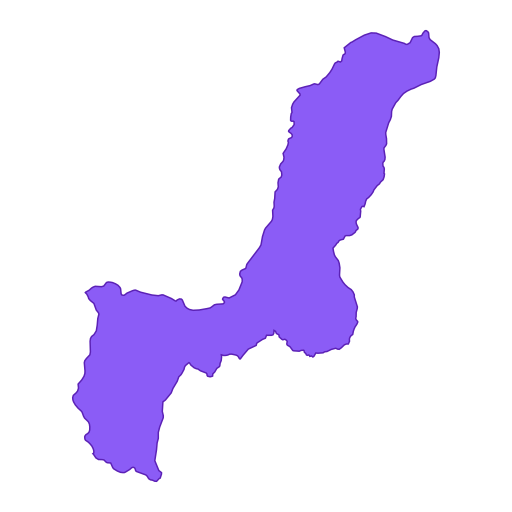 Nimaima, Cundinamarca, Colombia
{"feature_id": "7082276B59131277031860", "entity_name": "Nimaima", "entity_type": "district", "adm_level": 2, "iso_a3": "COL", "parent_name": "Colombia", "parent_adm1": "Cundinamarca", "projection": "orthographic", "projection_center": [-74.388, 5.135], "detail": "fine", "context": "isolated", "style": "filled", "palette": "violet", "viewbox_px": 512, "rotation_deg": 0, "n_neighbors": 0, "source": "geoboundaries", "source_scale": "gbopen_adm2", "svg_char_len": 5998}
<svg xmlns="http://www.w3.org/2000/svg" viewBox="0 0 512 512"><path d="M101.4,286.7L95.2,286.3L93.1,287.1L91.5,288.1L89.2,290.2L85.7,292.1L85.3,292.6L86.8,294.1L88.2,296.8L88.7,298.6L90.3,300.5L93.9,303.4L96.3,310.1L98.4,312.7L98.9,314.1L97.8,318.5L97.2,325.3L96.3,330.9L94.0,334.6L91.6,336.5L90.5,338.5L90.1,341.2L90.4,352.0L89.9,354.8L86.4,358.5L84.8,360.7L84.3,362.7L85.0,370.9L84.9,373.4L84.0,376.3L81.7,380.0L78.1,384.1L78.5,388.1L77.6,391.0L76.3,392.7L73.3,395.4L72.7,397.6L72.9,399.9L73.6,401.9L75.4,405.0L78.3,408.4L81.1,410.9L82.1,412.2L83.6,416.3L84.6,418.1L88.3,421.7L89.4,424.0L89.8,426.8L89.7,430.1L89.1,432.0L87.8,433.5L86.0,434.6L85.0,435.9L84.7,436.9L84.9,439.0L85.5,440.2L88.4,442.2L90.0,443.8L91.9,446.1L93.2,448.7L93.8,450.8L93.8,452.9L92.9,453.7L93.3,454.0L95.9,457.9L98.5,459.5L102.1,459.6L103.9,459.9L106.2,462.2L107.2,462.7L110.7,463.0L112.8,467.7L113.7,468.8L117.3,471.0L120.4,472.3L122.9,472.6L124.2,472.6L125.4,472.1L129.7,469.5L131.7,467.7L132.9,467.3L133.7,467.4L134.5,467.8L135.1,468.7L135.7,470.8L136.5,471.5L145.8,474.9L147.2,476.2L148.7,478.7L150.4,479.8L152.6,480.2L154.7,481.2L156.6,481.3L159.1,478.6L160.2,478.1L161.5,474.0L161.5,472.6L158.8,470.5L154.8,460.7L156.5,449.8L157.1,442.9L158.3,438.4L158.3,432.4L159.7,427.0L163.2,417.8L163.3,415.8L162.3,411.4L162.9,401.9L165.4,400.0L171.2,392.9L172.9,388.5L177.2,381.3L178.8,376.8L180.9,374.8L181.9,373.3L184.0,369.4L184.5,367.2L185.4,365.6L188.9,362.6L189.5,362.9L190.9,365.1L194.2,367.8L196.3,368.7L197.9,369.0L200.5,370.8L206.2,373.0L206.9,373.9L207.1,375.4L207.6,376.2L210.1,376.8L211.8,376.4L212.6,376.1L212.8,373.9L214.7,372.0L216.8,368.4L219.4,366.6L219.8,365.8L220.1,363.3L221.2,360.6L221.6,356.7L221.3,354.8L223.8,355.5L225.9,355.4L227.8,355.0L229.6,354.2L231.4,354.1L233.0,354.4L236.1,355.1L237.4,355.7L238.2,356.5L239.4,358.6L240.0,359.0L240.4,358.8L243.0,355.3L248.3,349.1L256.2,345.4L256.6,343.6L257.2,342.8L262.5,339.4L265.4,338.2L266.5,335.3L271.5,335.3L273.0,334.8L273.8,333.2L274.0,330.4L275.5,331.3L276.4,333.5L278.9,334.8L279.2,336.9L281.8,339.3L282.9,339.8L284.4,339.3L285.2,339.4L286.6,340.4L287.2,341.5L286.8,343.8L287.0,344.7L287.7,345.4L289.9,346.6L292.8,350.5L293.7,350.8L299.3,351.2L301.1,350.4L303.6,350.2L304.0,350.5L304.4,352.3L305.7,353.4L306.5,355.0L307.5,355.3L308.8,355.0L309.4,355.5L309.8,356.4L311.5,356.0L312.9,357.0L314.0,356.2L315.8,353.0L317.9,353.2L323.1,352.8L324.6,351.8L327.0,351.5L331.3,349.4L335.5,348.3L336.1,348.4L337.5,349.1L339.2,349.3L341.4,347.7L344.4,344.8L346.4,344.0L348.3,344.0L349.5,341.3L349.4,339.0L349.8,337.5L351.0,335.7L352.7,334.5L353.4,331.0L354.1,329.0L355.0,327.0L356.8,324.3L357.7,322.3L357.7,321.5L356.2,319.8L355.7,318.4L356.1,316.6L356.2,312.4L357.2,308.7L357.4,306.9L354.3,297.0L354.3,294.8L353.0,291.9L351.2,289.6L348.0,287.5L345.0,284.7L342.9,282.1L339.8,277.0L339.5,275.1L339.9,267.8L339.2,263.3L338.3,260.6L335.3,256.7L334.4,254.9L333.5,251.4L333.0,248.1L335.6,245.2L336.8,243.3L338.1,242.4L338.7,241.2L339.6,240.4L340.5,239.9L343.4,239.2L345.0,236.1L346.0,235.6L349.5,235.6L351.8,234.9L354.9,232.5L355.4,231.9L356.0,230.5L357.7,229.2L358.1,228.1L358.0,227.4L356.5,224.3L356.1,222.7L356.1,221.5L356.3,220.6L358.4,218.5L359.9,217.5L360.2,216.8L360.7,211.2L360.4,209.3L360.7,208.7L362.0,206.5L363.1,206.3L364.0,206.7L365.1,203.9L365.7,201.1L366.7,198.9L368.6,197.5L371.2,194.7L373.1,191.9L373.9,189.9L377.2,185.6L379.4,183.9L380.5,182.1L383.1,179.7L384.1,176.8L384.5,173.9L384.0,173.4L384.3,169.0L384.0,167.5L383.0,166.0L382.8,163.4L383.2,162.1L384.2,161.1L384.9,159.5L385.1,157.1L383.9,149.3L384.0,147.9L385.9,145.4L386.6,143.8L386.5,138.7L385.8,134.6L385.7,132.5L388.7,122.8L390.3,119.7L391.4,116.4L391.6,111.5L392.2,109.1L395.8,102.6L398.0,100.3L400.8,96.5L403.5,93.5L407.0,91.1L411.1,89.1L413.9,88.2L421.3,84.5L430.4,81.3L434.3,79.1L435.3,77.9L435.9,75.5L436.8,66.9L438.8,57.7L439.3,52.4L438.8,48.8L437.1,45.6L435.5,43.8L430.1,39.6L429.0,37.6L428.6,32.9L427.9,31.8L426.4,30.7L425.3,30.7L424.8,31.0L423.0,33.1L421.8,35.4L421.1,35.8L417.7,36.3L414.3,36.5L412.6,37.6L410.1,42.7L407.2,44.4L405.8,44.3L404.4,43.4L392.7,40.0L385.5,36.6L376.2,33.1L371.1,32.9L364.4,35.1L355.6,39.8L352.1,42.0L350.8,42.5L344.2,47.8L345.3,52.0L345.2,53.3L344.5,54.3L343.6,54.5L343.0,55.2L342.1,58.5L341.7,60.9L340.4,62.0L338.0,61.2L336.7,62.3L335.3,62.9L334.5,64.0L332.0,69.2L329.8,72.6L326.2,76.9L322.8,79.3L319.3,84.0L317.9,84.6L314.6,83.8L313.7,84.0L310.1,85.6L305.3,86.7L299.3,88.4L297.2,89.6L297.0,90.6L300.0,94.0L300.1,95.2L294.0,101.9L292.7,104.1L291.5,107.7L292.0,112.5L291.3,113.5L290.7,116.9L290.6,120.3L290.9,120.8L291.5,121.2L293.4,121.2L294.0,121.6L294.2,124.5L292.1,127.5L290.8,128.2L289.2,130.0L288.7,130.6L288.6,131.4L289.0,131.9L291.2,133.5L291.9,134.4L292.2,135.0L292.2,136.5L291.5,137.6L288.9,138.7L288.4,139.3L287.9,141.0L288.4,142.5L287.9,144.9L286.2,148.8L283.1,153.4L284.0,157.3L283.7,159.8L283.1,161.3L280.7,163.9L279.4,166.9L279.4,168.0L279.9,169.7L281.5,171.8L281.8,175.1L281.2,177.0L278.9,178.9L278.6,179.5L278.0,182.8L278.3,186.9L277.4,189.4L275.1,191.9L274.7,198.5L274.0,202.2L274.2,206.2L273.9,208.0L272.6,210.2L272.9,216.4L272.4,219.4L271.5,221.2L265.5,228.2L264.5,230.1L262.5,236.5L261.0,244.9L259.4,247.7L248.0,262.7L246.8,264.4L245.9,268.0L245.4,268.6L242.1,270.0L240.4,271.3L239.8,273.5L239.8,274.9L240.2,276.0L241.8,278.0L242.2,279.3L242.2,281.8L238.9,290.0L235.4,294.8L229.1,298.0L225.1,297.0L224.0,297.1L223.5,297.4L222.7,298.6L222.6,299.4L224.2,301.3L224.5,302.1L224.0,303.1L223.0,303.9L216.6,304.3L214.4,304.8L211.3,307.2L209.9,308.0L206.6,308.7L199.2,310.0L193.1,310.3L189.5,309.5L187.2,308.3L185.0,306.3L182.3,300.0L181.4,299.1L179.5,298.9L177.1,300.0L176.2,301.0L175.4,301.0L171.4,298.5L163.1,294.9L161.6,294.9L158.3,295.7L151.9,295.0L140.6,292.2L135.6,290.1L134.2,290.2L132.3,290.8L127.0,293.1L124.3,295.2L123.1,295.3L121.9,295.0L121.1,293.8L120.6,288.8L120.0,287.5L118.0,285.3L115.5,283.8L112.6,282.6L110.5,282.2L108.2,282.0L106.5,282.5L103.7,286.1L101.4,286.7Z" fill="#8b5cf6" stroke="#5b21b6" stroke-width="1.5"/></svg>